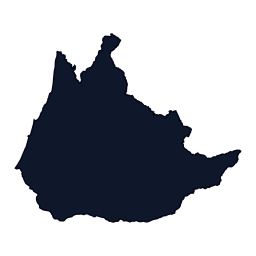 outline of Grey District, West Coast, New Zealand
{"feature_id": "76426892B91014587529392", "entity_name": "Grey District", "entity_type": "district", "adm_level": 2, "iso_a3": "NZL", "parent_name": "New Zealand", "parent_adm1": "West Coast", "projection": "natural_earth1", "projection_center": [171.596, -42.409], "detail": "fine", "context": "isolated", "style": "filled", "palette": "ink", "viewbox_px": 256, "rotation_deg": 0, "n_neighbors": 0, "source": "geoboundaries", "source_scale": "gbopen_adm2", "svg_char_len": 5756}
<svg xmlns="http://www.w3.org/2000/svg" viewBox="0 0 256 256"><path d="M57.5,51.6L57.0,52.1L57.3,52.7L57.0,56.5L56.0,59.2L55.5,61.2L55.3,66.8L54.4,71.3L53.2,84.4L52.1,91.1L51.5,92.5L49.7,93.7L49.7,94.4L49.2,95.5L48.8,97.5L48.4,98.6L48.0,98.9L48.1,99.6L47.2,102.4L45.8,104.4L44.3,105.4L43.9,107.2L43.0,108.1L43.0,109.3L42.4,111.4L41.1,113.0L40.1,116.0L38.8,118.4L37.6,119.8L36.5,120.4L34.7,120.7L34.2,120.1L33.6,124.2L30.9,133.9L29.7,135.8L28.5,135.8L28.1,136.2L29.0,137.0L26.8,145.3L25.5,148.9L25.3,148.8L20.8,159.5L17.6,164.9L15.4,168.1L16.7,168.8L19.4,168.2L20.1,168.5L21.1,170.4L22.4,171.9L22.5,172.5L21.9,173.4L22.4,174.8L22.5,176.4L23.6,177.8L24.1,179.7L26.0,183.4L28.8,185.5L29.9,185.9L30.2,187.0L29.9,188.1L30.2,188.7L32.4,189.1L33.4,190.1L33.8,191.2L37.1,193.2L38.0,194.3L38.3,195.4L36.9,196.7L36.6,198.1L36.6,199.4L37.4,202.3L38.0,203.2L38.7,203.8L39.7,205.5L39.9,206.3L39.7,207.4L40.1,208.0L43.4,209.8L49.0,210.8L50.0,211.4L51.3,212.9L52.0,214.3L52.7,215.2L53.4,217.5L54.5,218.5L55.5,218.9L57.6,218.6L59.7,220.6L63.5,220.8L64.1,220.5L65.8,218.6L66.9,217.8L68.2,217.3L71.7,216.6L72.8,215.6L74.1,214.8L76.8,214.0L79.5,214.1L81.1,213.8L83.8,214.5L86.1,213.6L88.5,214.0L89.2,214.6L92.4,215.7L94.2,216.7L94.9,216.6L96.4,215.5L101.7,217.1L103.8,217.4L105.3,218.4L106.1,219.4L107.4,219.8L109.5,221.2L111.6,221.2L111.9,221.6L113.3,222.0L115.5,221.3L117.7,221.2L118.8,220.6L118.8,219.8L119.2,219.3L120.4,219.0L122.5,219.5L123.6,220.8L126.0,220.6L128.0,221.0L129.8,221.8L132.1,221.0L134.3,221.1L136.2,220.3L138.7,221.4L140.6,221.6L143.3,221.1L146.5,221.9L148.6,221.4L153.1,219.4L157.4,218.5L159.2,217.5L160.6,217.3L163.3,215.8L165.7,215.5L168.0,214.5L171.1,213.7L171.5,214.1L172.5,213.9L173.6,213.1L174.5,213.1L175.1,210.2L178.2,208.4L179.8,206.6L180.9,202.9L181.4,202.2L181.4,200.5L182.9,199.4L184.0,197.8L184.0,197.2L183.5,196.5L185.2,195.9L187.1,195.7L190.4,193.1L193.4,193.0L193.7,191.4L194.0,190.9L193.8,189.2L197.1,188.7L198.5,187.7L200.8,188.1L201.8,187.8L202.5,187.3L203.3,187.4L203.9,188.0L205.2,188.6L207.8,187.0L209.2,187.4L210.0,186.7L215.2,184.8L216.0,184.7L216.6,185.1L217.3,185.2L219.1,184.3L219.9,181.5L220.9,180.4L220.0,177.3L220.2,176.7L221.2,175.4L221.9,175.0L222.1,173.6L222.7,173.3L224.9,169.8L226.4,168.6L226.5,168.0L227.3,166.9L228.9,166.7L229.7,166.1L230.9,166.8L232.2,166.3L234.0,164.7L234.7,163.6L236.0,162.6L236.9,161.7L237.1,160.8L237.8,159.7L237.9,159.1L237.4,157.5L237.5,155.7L238.8,153.2L239.5,152.4L240.1,152.1L240.6,151.2L239.3,150.3L237.9,150.5L237.1,150.2L235.1,150.9L234.1,150.9L233.8,151.3L233.0,151.5L232.8,151.9L231.8,152.2L230.8,151.7L230.2,151.8L227.6,153.4L226.5,153.5L224.9,154.5L222.2,154.2L218.3,155.7L217.3,155.7L215.9,157.1L214.6,156.9L212.8,157.3L211.5,158.4L210.8,158.6L208.9,158.3L208.0,158.6L206.6,158.3L205.5,156.5L204.1,155.5L199.7,154.6L198.5,154.1L197.8,153.1L195.7,154.1L195.6,155.2L193.7,154.9L193.0,154.4L192.0,154.6L190.6,153.6L190.3,152.6L188.7,151.5L187.7,151.2L186.3,149.6L185.2,149.3L184.7,148.4L183.9,148.0L183.2,146.6L183.3,145.1L182.7,143.7L181.9,143.0L183.6,142.0L183.6,140.9L182.6,140.1L183.9,138.2L185.7,136.1L186.4,135.7L188.0,136.5L188.4,136.4L189.3,134.6L189.6,133.3L190.5,132.4L190.5,131.1L191.2,129.8L191.2,129.3L190.3,128.3L188.1,127.3L187.5,126.7L183.3,126.4L182.2,125.1L182.2,123.8L181.1,122.3L180.4,121.8L180.7,121.0L180.5,120.5L179.3,120.0L179.4,118.9L175.7,110.9L173.9,111.3L172.8,112.2L171.7,111.5L171.2,111.5L171.0,110.9L169.5,111.2L169.3,111.5L169.8,112.6L169.3,114.0L168.1,115.0L167.3,114.8L166.6,115.3L166.1,116.1L165.9,117.3L162.6,115.9L161.7,115.2L160.0,114.7L159.5,114.9L158.8,115.6L157.8,114.9L156.0,114.8L153.8,115.3L153.6,115.0L153.6,114.6L154.6,114.1L154.6,113.6L153.2,112.8L153.4,111.9L152.3,112.0L151.8,111.1L150.7,111.2L150.3,111.0L150.4,109.0L149.8,108.6L149.3,108.8L148.8,108.5L148.4,106.9L147.1,107.2L145.6,105.9L143.8,105.6L142.9,104.4L140.9,102.4L139.6,102.6L139.6,102.1L139.2,101.6L138.3,101.5L137.8,100.9L136.5,100.6L135.8,99.5L134.5,99.1L133.4,97.9L132.9,96.4L132.3,95.7L131.7,95.7L131.1,96.3L130.1,95.7L125.2,94.4L125.7,93.4L125.6,92.4L126.3,91.4L126.6,88.0L126.3,87.2L126.7,86.9L126.6,86.5L127.1,85.4L127.1,84.0L127.0,83.5L126.6,83.3L126.6,82.0L125.9,81.5L126.2,80.3L125.0,79.0L125.3,77.7L124.5,77.2L124.5,76.4L123.3,75.7L123.8,74.6L124.0,73.2L122.9,71.6L119.8,69.3L119.1,69.3L118.5,68.3L117.4,68.3L116.6,67.7L115.3,67.8L114.8,66.8L114.7,65.6L114.1,64.9L113.3,63.3L113.3,62.5L111.8,59.9L111.6,58.8L110.8,58.3L110.1,56.9L109.8,54.3L110.1,53.5L110.5,53.0L110.4,52.6L110.7,51.4L113.2,50.0L113.4,49.3L114.0,49.3L115.4,47.5L116.1,47.2L116.1,46.6L117.7,45.7L118.8,43.5L118.8,43.1L120.4,40.6L120.4,40.2L118.7,38.8L117.7,37.6L116.2,37.1L114.6,35.8L113.4,35.5L112.2,34.1L111.8,34.0L110.9,34.3L111.1,35.2L111.4,35.6L111.2,36.8L107.7,36.4L107.0,36.7L105.8,36.2L104.7,36.6L104.2,37.6L103.2,38.2L102.8,40.0L103.6,42.8L102.2,44.5L101.4,46.0L101.4,46.7L102.0,47.9L101.9,49.9L100.9,50.6L99.4,50.8L99.1,51.1L98.6,52.8L98.5,54.8L95.9,58.0L96.0,59.4L95.6,60.1L95.7,61.1L93.9,62.0L93.4,63.9L91.3,67.3L87.5,68.6L86.5,69.6L86.0,71.5L85.3,71.9L83.9,71.4L83.2,71.6L81.0,73.9L80.8,76.0L81.3,76.7L81.1,77.4L81.3,78.7L81.9,79.8L80.6,82.9L78.6,82.2L78.0,80.7L76.2,79.7L76.0,78.7L75.2,77.8L75.8,76.2L75.7,75.8L75.1,74.6L74.8,74.7L74.8,74.3L74.5,73.9L74.2,72.9L73.7,72.7L73.2,70.8L75.0,69.3L75.3,67.1L75.1,66.0L74.8,65.7L74.7,66.3L74.2,66.5L74.3,67.0L73.7,67.3L73.4,67.0L73.3,67.5L72.6,67.7L73.3,68.9L72.3,69.1L71.7,68.3L72.2,67.8L71.6,67.9L71.1,67.4L71.3,67.0L71.2,66.3L71.5,65.8L71.3,65.5L71.3,64.8L69.8,64.0L69.6,63.4L67.4,62.7L66.5,61.3L65.9,60.8L66.4,59.9L64.9,59.1L64.5,58.6L65.0,57.6L65.1,56.6L64.7,56.1L64.8,55.5L63.9,55.4L63.6,54.9L62.8,55.3L62.3,55.2L61.3,53.6L60.8,52.0L59.5,52.2L59.0,52.7L58.4,52.0L57.5,51.6Z" fill="#0f172a" stroke="#020617" stroke-width="1.5"/></svg>